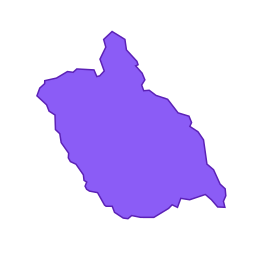 SVG path tracing the border of Omagh, rotated 78°
{"feature_id": "GBR-2084", "entity_name": "Omagh", "entity_type": "District", "adm_level": 1, "iso_a3": "GBR", "parent_name": "United Kingdom", "parent_adm1": "", "projection": "orthographic", "projection_center": [-7.284, 54.591], "detail": "fine", "context": "isolated", "style": "filled", "palette": "violet", "viewbox_px": 256, "rotation_deg": 78, "n_neighbors": 0, "source": "natural_earth", "source_scale": "10m", "svg_char_len": 1031}
<svg xmlns="http://www.w3.org/2000/svg" viewBox="0 0 256 256"><g transform="rotate(78 128 128)"><path d="M36.3,133.4L30.3,123.5L40.7,112.6L51.3,113.3L64.7,105.4L68.2,105.0L68.8,107.6L77.3,102.8L84.4,101.5L88.8,105.7L94.8,104.9L95.5,99.4L101.9,93.9L108.1,83.3L123.6,75.9L129.1,65.9L135.9,64.7L139.3,67.2L146.3,60.3L155.3,56.6L179.7,58.3L186.6,53.0L202.0,49.6L207.7,45.6L214.6,46.4L219.5,49.9L225.7,49.7L223.9,56.7L215.5,61.3L209.1,66.2L211.0,82.6L207.8,91.0L215.9,96.1L212.3,100.8L215.1,105.0L220.8,121.3L218.0,134.3L214.4,142.6L216.7,146.9L215.1,151.4L207.7,158.7L201.3,159.7L200.0,165.7L198.5,167.0L184.9,171.2L181.7,178.8L179.3,181.2L176.0,182.1L172.3,179.6L170.1,181.9L164.5,181.4L152.6,186.4L148.9,191.3L144.8,192.6L140.3,191.3L128.4,196.4L119.4,195.9L114.5,199.3L100.1,196.7L95.1,201.7L88.4,202.8L77.6,210.4L70.6,206.0L67.3,200.3L64.4,199.6L64.3,187.6L60.2,175.5L62.1,170.1L59.6,165.8L64.1,149.2L71.2,147.8L71.1,144.8L67.3,139.4L54.8,141.1L44.3,132.9L36.3,133.4Z" fill="#8b5cf6" stroke="#5b21b6" stroke-width="1.5"/></g></svg>